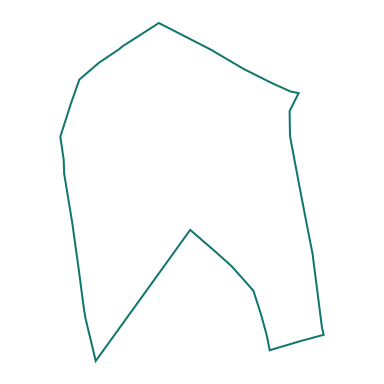 the district of Al-Aguza, Al Jizah, Egypt
{"feature_id": "37247803B56780050438943", "entity_name": "Al-Aguza", "entity_type": "district", "adm_level": 2, "iso_a3": "EGY", "parent_name": "Egypt", "parent_adm1": "Al Jizah", "projection": "equal_earth", "projection_center": [31.205, 30.06], "detail": "fine", "context": "isolated", "style": "outline", "palette": "teal", "viewbox_px": 384, "rotation_deg": 0, "n_neighbors": 0, "source": "geoboundaries", "source_scale": "gbopen_adm2", "svg_char_len": 752}
<svg xmlns="http://www.w3.org/2000/svg" viewBox="0 0 384 384"><path d="M298.6,93.1L295.1,92.4L290.5,91.5L275.4,84.7L269.1,81.7L243.7,69.0L224.0,57.4L210.9,49.7L158.8,23.0L144.4,32.3L122.8,46.1L118.9,49.3L111.5,54.3L99.0,62.7L79.4,79.5L70.9,103.6L68.3,111.7L60.3,136.7L63.7,159.7L64.1,171.0L64.1,173.3L71.6,219.0L72.2,222.5L72.7,226.0L75.1,243.4L78.4,266.9L83.9,308.7L85.4,317.9L89.7,335.9L89.8,336.1L92.5,347.4L95.7,361.0L139.1,300.8L190.2,229.9L201.4,239.6L216.0,252.2L231.8,266.4L248.9,285.6L253.4,290.8L261.1,314.7L266.9,336.0L269.7,350.3L279.1,347.4L300.7,341.0L319.3,336.0L323.7,334.8L322.0,327.8L312.5,253.5L305.1,215.8L299.1,184.6L298.1,179.2L290.0,136.1L289.6,111.1L291.4,107.5L298.6,93.1Z" fill="none" stroke="#0f766e" stroke-width="2"/></svg>